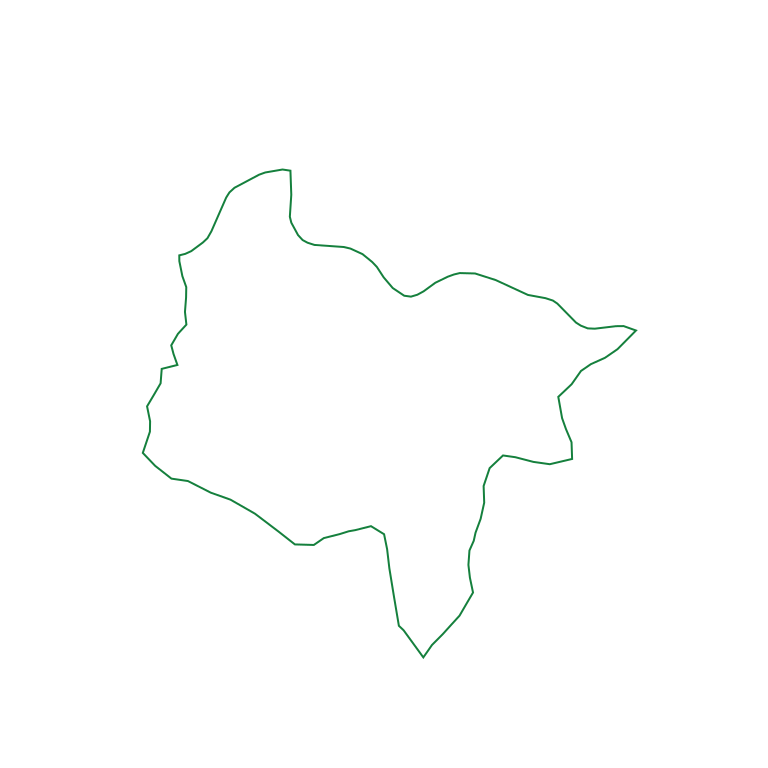 the district of Nyongwon, P'yŏngan-namdo, North Korea, rotated 55°
{"feature_id": "82179303B95281313978448", "entity_name": "Nyongwon", "entity_type": "district", "adm_level": 2, "iso_a3": "PRK", "parent_name": "North Korea", "parent_adm1": "P'yŏngan-namdo", "projection": "albers", "projection_center": [126.614, 39.977], "detail": "fine", "context": "isolated", "style": "outline", "palette": "green", "viewbox_px": 768, "rotation_deg": 55, "n_neighbors": 0, "source": "geoboundaries", "source_scale": "gbopen_adm2", "svg_char_len": 1593}
<svg xmlns="http://www.w3.org/2000/svg" viewBox="0 0 768 768"><g transform="rotate(55 384 384)"><path d="M155.6,338.3L150.1,344.1L142.6,360.0L140.9,366.3L137.5,393.9L138.4,400.7L139.8,404.1L140.8,406.4L159.9,437.8L163.3,445.0L164.2,451.2L164.6,465.7L163.4,472.2L161.2,477.9L166.0,481.2L180.0,487.3L191.2,490.4L199.6,496.5L210.8,505.7L222.0,511.8L224.7,524.0L230.3,536.1L238.7,539.2L249.9,542.3L244.1,557.4L255.3,566.6L260.9,578.7L266.4,590.9L280.4,597.0L288.8,603.1L302.1,621.1L319.8,618.4L339.6,612.4L351.0,600.3L373.7,588.2L390.7,576.1L416.2,564.1L444.5,555.0L464.3,549.0L475.6,533.8L475.7,521.7L481.5,506.5L484.4,497.4L487.2,491.4L493.0,476.2L507.1,470.1L521.1,476.2L538.0,485.3L563.3,497.5L590.6,510.5L597.0,509.2L630.5,508.6L627.6,500.6L625.3,494.4L622.6,479.3L619.8,467.1L617.1,455.0L611.5,442.9L605.9,430.7L591.9,424.7L580.6,418.6L569.4,409.5L563.9,400.4L558.3,394.3L549.9,382.2L538.7,370.0L524.7,360.9L513.5,345.7L510.8,327.5L519.3,318.4L533.5,306.3L544.8,294.2L553.3,272.9L539.3,263.8L525.3,260.8L514.1,257.7L494.5,248.6L491.8,230.4L486.3,215.2L486.4,203.1L489.3,187.9L489.4,172.7L484.7,146.9L474.0,154.5L469.7,160.8L459.6,179.6L455.3,185.2L449.1,189.3L443.8,191.5L417.5,195.9L412.5,197.8L406.3,202.5L393.6,215.0L362.9,232.9L345.7,246.0L336.6,258.3L334.4,263.9L332.7,270.2L330.5,283.9L330.8,298.4L330.0,305.5L327.9,311.8L323.3,316.8L310.4,321.8L296.5,323.1L284.0,322.7L277.3,323.7L265.3,327.1L254.0,333.7L253.6,334.0L248.7,338.4L230.2,361.2L224.4,365.6L219.4,368.1L212.7,369.0L198.7,367.4L193.0,365.2L175.8,351.4L155.6,338.3Z" fill="none" stroke="#15803d" stroke-width="2"/></g></svg>